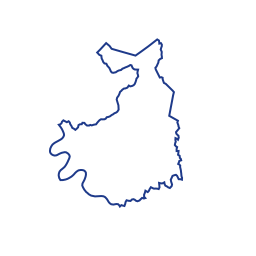 Chapecó, Santa Catarina, Brazil (Robinson projection), rotated 44°
{"feature_id": "56859067B15703493579664", "entity_name": "Chapecó", "entity_type": "district", "adm_level": 2, "iso_a3": "BRA", "parent_name": "Brazil", "parent_adm1": "Santa Catarina", "projection": "robinson", "projection_center": [-52.66, -27.112], "detail": "fine", "context": "isolated", "style": "outline", "palette": "blue", "viewbox_px": 256, "rotation_deg": 44, "n_neighbors": 0, "source": "geoboundaries", "source_scale": "gbopen_adm2", "svg_char_len": 4052}
<svg xmlns="http://www.w3.org/2000/svg" viewBox="0 0 256 256"><g transform="rotate(44 128 128)"><path d="M191.7,118.8L190.4,118.6L189.1,119.0L188.4,117.2L187.8,116.0L188.7,114.3L187.4,113.5L186.1,113.5L184.4,112.1L182.6,112.5L181.5,110.9L180.3,109.4L179.0,110.8L177.6,109.4L176.6,107.6L175.4,107.9L173.5,107.7L172.4,106.0L171.9,104.7L170.4,103.7L169.2,102.3L170.7,101.8L172.1,101.7L171.2,99.7L169.6,98.5L168.2,98.6L166.7,98.5L165.4,97.6L165.2,94.6L165.0,92.5L163.4,91.9L162.4,91.1L161.0,90.4L159.6,89.7L158.9,88.1L149.2,90.6L141.0,78.1L137.9,73.4L136.1,70.3L134.2,70.1L124.5,70.0L122.5,70.6L120.5,69.6L119.0,68.8L118.0,67.8L116.7,68.3L115.8,69.6L107.3,66.6L105.9,65.7L105.8,63.9L105.1,62.0L104.4,59.9L103.1,58.1L103.2,55.9L103.9,54.2L102.5,52.9L101.3,52.1L100.5,51.1L99.4,49.8L97.0,48.8L96.1,47.1L95.5,45.7L94.4,44.5L92.7,44.1L91.9,45.5L90.9,44.6L89.5,43.6L87.5,44.0L85.9,55.2L84.3,64.3L83.1,70.7L71.4,77.0L61.2,82.4L57.7,81.8L53.3,82.1L53.5,91.2L53.4,95.1L56.6,95.3L58.6,94.5L59.8,95.5L60.8,96.3L62.6,96.9L64.3,97.7L66.2,97.9L67.8,96.8L69.9,97.6L72.9,97.8L74.5,98.4L76.4,99.2L77.8,99.3L79.0,98.6L80.5,96.4L80.9,94.4L81.5,92.9L82.7,91.1L82.8,89.2L83.5,87.7L84.0,86.3L84.8,84.6L85.5,82.8L85.9,81.1L87.0,80.5L88.3,81.1L89.7,81.6L91.1,81.6L92.4,81.1L94.7,79.0L95.8,80.9L96.7,82.1L98.1,82.8L99.4,83.7L99.7,85.0L99.8,86.6L100.6,87.9L101.5,89.7L102.3,91.8L102.3,93.4L101.7,95.0L100.7,96.5L99.1,96.9L99.5,99.4L98.6,101.4L97.7,102.4L97.3,104.4L97.4,106.0L97.2,107.5L98.1,109.4L98.8,111.4L99.1,113.7L100.1,115.4L101.7,116.3L104.0,117.6L105.3,118.3L108.5,121.3L109.0,123.7L108.7,125.3L108.0,126.8L107.7,128.8L107.2,130.1L107.0,131.9L106.3,133.5L105.2,135.1L105.5,136.6L105.1,138.0L103.7,139.4L102.5,140.5L102.1,142.1L102.1,143.5L102.2,145.5L102.5,147.5L101.1,149.4L100.1,151.3L98.7,152.0L98.3,153.3L96.8,154.7L94.7,154.9L93.1,154.6L91.6,155.9L92.1,157.4L90.8,158.8L90.4,160.3L91.6,162.2L91.6,164.1L91.4,165.9L89.6,166.1L87.8,166.6L85.8,165.8L83.9,165.4L82.3,164.5L80.6,164.4L80.0,166.3L76.2,167.4L76.2,169.4L76.9,170.9L76.7,172.5L76.0,173.7L77.9,174.0L79.2,174.2L81.2,174.7L82.9,175.3L84.1,175.8L85.6,176.5L86.9,177.5L87.6,179.0L87.9,181.1L87.6,182.9L87.1,184.6L86.6,186.3L86.1,187.8L85.5,189.9L85.2,192.4L85.6,194.6L86.4,196.8L87.7,198.6L88.6,199.4L89.8,199.9L91.3,200.0L92.9,199.6L94.2,198.9L95.3,197.7L95.9,196.4L96.3,195.0L96.9,193.4L97.5,192.0L98.4,190.6L99.4,189.2L100.6,188.4L102.9,188.0L104.8,188.3L105.9,189.0L106.8,190.6L107.5,192.6L108.1,194.2L108.7,196.2L109.1,197.9L109.4,199.8L109.3,201.6L109.1,203.4L108.9,204.8L109.0,206.8L109.8,208.6L110.9,210.1L112.1,211.0L113.4,211.8L115.6,212.4L117.3,210.7L118.9,208.4L119.8,206.6L120.4,204.8L121.1,202.2L121.3,200.0L121.3,198.5L121.2,197.1L121.3,195.1L121.8,192.9L123.0,191.2L124.2,190.1L125.6,189.2L127.4,189.0L128.7,189.4L130.2,190.8L131.3,192.5L131.9,193.8L132.5,195.1L133.1,197.0L133.8,199.5L135.0,201.1L136.5,201.8L138.0,202.3L139.4,202.7L141.0,202.9L142.4,203.1L144.0,202.9L145.7,202.9L147.0,202.6L148.5,202.2L149.9,201.3L151.8,200.1L152.9,198.9L154.2,197.5L155.5,196.1L156.4,195.2L157.9,194.1L159.7,193.6L161.0,193.7L162.4,193.8L164.2,194.3L165.8,194.7L167.2,194.8L168.9,194.5L170.7,193.2L171.6,191.9L172.5,190.7L173.8,189.7L175.4,189.7L176.7,190.1L176.8,188.1L178.2,187.4L179.6,186.6L178.7,184.5L177.7,183.0L177.2,181.0L178.9,180.0L180.5,178.7L180.5,176.7L181.4,175.4L182.7,174.9L184.3,174.8L185.7,174.1L186.6,172.2L186.6,170.4L186.7,168.5L188.4,167.7L189.1,166.4L187.4,166.3L185.9,164.8L185.1,162.8L184.1,161.0L185.5,160.7L186.7,160.4L186.7,158.8L186.0,156.8L185.6,154.7L187.6,154.1L188.8,153.6L190.0,152.3L191.2,151.3L192.5,150.6L191.9,148.8L190.5,147.6L188.5,145.9L190.4,144.8L191.3,143.8L191.9,141.9L193.6,143.1L195.0,143.5L196.5,143.0L198.1,142.8L199.8,142.1L199.8,139.6L199.0,138.1L197.8,137.4L196.4,136.7L194.7,135.5L194.1,133.7L193.3,131.5L194.1,129.8L195.0,128.4L196.6,128.3L198.4,129.0L200.0,129.6L201.3,128.4L202.7,127.7L201.5,126.3L200.3,125.7L199.1,124.8L198.0,123.8L196.6,122.7L195.4,121.7L193.9,120.7L192.6,119.9L191.7,118.8Z" fill="none" stroke="#1e3a8a" stroke-width="2"/></g></svg>